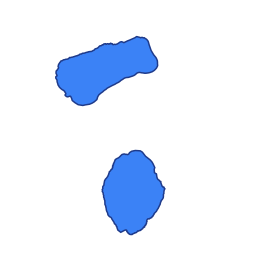 Paama, Malampa, Vanuatu (Mercator projection), rotated 57°
{"feature_id": "77236927B20475273490027", "entity_name": "Paama", "entity_type": "district", "adm_level": 2, "iso_a3": "VUT", "parent_name": "Vanuatu", "parent_adm1": "Malampa", "projection": "mercator", "projection_center": [168.29, -16.483], "detail": "fine", "context": "isolated", "style": "filled", "palette": "blue", "viewbox_px": 256, "rotation_deg": 57, "n_neighbors": 0, "source": "geoboundaries", "source_scale": "gbopen_adm2", "svg_char_len": 5751}
<svg xmlns="http://www.w3.org/2000/svg" viewBox="0 0 256 256"><g transform="rotate(57 128 128)"><path d="M38.4,135.8L37.8,137.1L37.6,138.0L37.1,138.5L37.1,139.0L37.4,139.7L37.4,140.4L37.2,141.4L36.4,142.9L36.3,143.6L35.7,145.0L35.7,146.7L35.5,147.2L35.3,147.5L35.4,148.0L35.5,148.4L35.8,148.7L36.0,149.7L36.6,150.7L36.7,151.4L38.2,153.0L38.5,153.2L39.4,153.3L40.2,154.1L40.4,155.2L41.0,156.2L41.0,156.9L41.2,157.3L42.8,158.5L45.3,158.9L45.6,159.1L45.6,160.2L45.8,160.7L46.4,161.1L47.0,161.4L48.8,161.4L49.5,161.6L50.7,162.3L52.6,162.8L53.1,163.0L54.3,163.3L55.1,163.1L55.5,163.3L56.1,163.3L58.3,162.9L60.0,162.3L61.0,161.8L61.3,161.5L62.2,161.4L62.7,161.2L63.0,161.2L63.9,161.4L64.5,161.3L65.1,161.3L65.6,161.7L66.0,162.8L66.3,162.9L66.7,162.9L67.7,162.6L68.5,162.2L69.1,161.5L69.6,159.6L69.8,159.2L70.2,158.9L72.2,159.1L74.6,159.8L77.9,158.7L81.3,157.1L84.5,153.6L85.4,151.1L87.1,147.3L87.6,144.7L87.7,142.2L87.2,138.6L85.3,136.4L84.2,134.0L84.2,133.2L84.0,131.9L83.9,129.6L83.5,127.3L83.6,125.6L83.3,124.0L83.3,123.3L83.8,117.8L84.2,115.1L84.2,113.5L84.5,111.1L84.5,109.7L84.2,107.8L84.3,106.4L84.3,105.4L84.2,104.6L84.3,103.5L84.7,102.1L85.8,100.0L86.1,98.9L86.9,96.0L87.2,94.3L87.2,92.5L86.9,91.2L86.9,90.0L87.4,88.5L87.8,87.9L89.3,86.3L90.0,85.4L90.3,85.1L91.2,84.1L91.7,83.3L92.7,81.3L93.4,79.5L94.0,77.0L94.0,74.7L93.8,73.5L93.3,71.6L92.3,69.8L91.6,69.0L90.2,68.3L89.3,67.7L87.7,66.8L86.0,66.4L84.1,66.2L80.7,66.6L75.6,66.4L69.5,64.9L67.1,64.1L66.1,63.9L65.4,63.9L63.8,64.1L63.2,64.3L62.3,64.9L61.5,65.0L61.1,65.3L60.9,65.9L59.8,66.7L59.5,67.2L59.1,68.4L58.6,68.6L56.2,70.8L56.0,71.2L56.1,73.1L56.0,73.5L55.3,77.8L55.1,79.1L54.7,80.8L54.2,84.8L54.0,85.1L53.6,85.3L52.2,86.3L51.7,87.5L51.6,88.2L51.7,89.9L51.7,91.1L51.2,92.8L51.1,93.1L50.4,93.8L50.1,94.9L49.7,95.3L48.8,95.3L48.4,95.7L48.3,96.1L48.2,96.3L47.8,96.2L47.5,96.3L47.5,97.1L47.3,97.4L47.4,98.2L47.3,98.4L47.1,98.6L46.6,98.7L46.3,99.0L46.0,99.7L46.0,100.5L45.9,100.8L45.3,100.8L45.1,100.9L44.4,102.4L44.4,102.8L44.6,103.0L44.7,103.3L44.2,104.3L44.4,104.8L44.4,105.4L44.3,105.8L43.8,106.8L43.9,107.8L44.3,109.2L44.3,110.6L43.8,112.3L43.8,112.8L44.2,113.9L44.2,114.3L44.0,115.1L44.0,116.4L43.7,117.5L43.3,117.9L43.2,118.1L43.1,118.6L42.8,119.0L42.6,119.5L42.6,120.1L42.3,120.5L42.3,121.0L41.8,121.9L41.7,122.9L41.5,123.4L41.4,124.0L41.2,124.4L40.9,124.7L40.7,125.3L40.5,125.6L40.5,125.8L40.6,126.3L40.5,126.9L40.1,127.6L39.9,128.2L39.9,128.8L40.1,129.5L39.7,130.8L39.7,131.4L39.4,131.9L39.0,133.3L38.8,134.3L38.5,135.1L38.4,135.8ZM181.3,129.6L179.8,130.1L176.9,128.5L175.8,127.1L171.6,126.5L169.5,126.4L166.8,126.8L161.2,128.7L156.1,129.1L153.9,130.1L152.8,131.5L150.8,134.2L149.5,137.6L149.5,140.1L150.2,141.5L150.2,142.7L149.4,143.4L148.9,144.3L148.6,144.6L148.3,144.7L148.0,145.0L147.5,145.8L147.2,146.8L147.0,147.2L147.0,147.6L147.3,149.3L147.5,150.0L147.8,151.6L147.8,152.5L147.6,153.7L147.6,154.6L147.5,154.9L147.6,155.6L147.7,156.2L148.2,156.7L148.5,157.3L149.2,158.1L149.5,158.6L149.8,159.4L150.2,159.6L150.4,160.0L150.7,160.1L151.0,160.4L151.0,160.9L151.3,161.0L151.5,161.6L151.9,161.6L152.2,161.9L152.4,162.4L153.0,162.5L153.4,163.3L153.6,163.5L153.6,164.2L153.8,164.3L153.7,164.9L154.1,165.5L154.4,166.3L154.5,167.3L154.6,167.6L155.2,168.1L155.9,169.1L156.5,169.7L156.9,170.5L157.5,171.2L158.4,173.6L158.6,174.7L159.0,175.3L159.2,176.0L159.7,176.6L160.9,177.7L161.5,178.3L162.8,179.4L163.0,179.8L163.2,180.6L163.5,181.1L164.0,181.5L164.6,181.8L165.1,182.1L165.5,183.0L165.8,183.3L166.5,183.4L167.3,184.2L168.3,184.1L168.8,184.2L170.4,185.0L171.5,185.2L172.5,186.0L173.3,186.2L174.1,186.3L175.1,186.8L176.1,186.9L178.5,188.3L179.4,188.9L181.2,189.2L182.4,189.7L183.3,190.0L184.7,190.7L185.8,191.1L188.1,191.4L188.6,191.6L189.2,191.8L189.8,192.1L190.4,192.1L191.0,192.0L191.9,191.9L192.5,191.7L193.4,191.1L193.8,191.0L194.7,190.9L195.3,191.1L195.7,191.1L196.9,191.1L199.5,191.1L200.0,191.2L200.4,191.4L201.1,191.5L201.9,191.0L202.8,191.0L203.5,191.1L203.8,191.2L204.5,191.3L204.8,191.1L205.9,191.6L208.1,192.1L211.5,190.9L211.8,188.4L211.8,187.3L212.0,186.7L212.1,185.8L212.2,185.6L212.5,185.4L212.8,184.9L213.3,184.8L213.8,185.1L214.2,185.4L214.4,185.4L214.7,185.1L215.6,185.0L215.8,185.2L216.1,185.1L216.4,185.1L217.0,184.7L217.3,184.7L217.5,184.8L217.8,184.5L218.0,184.5L218.2,184.4L219.0,183.5L219.2,182.9L219.5,182.7L219.5,182.4L219.3,182.3L219.3,182.1L219.5,181.7L219.5,180.9L219.7,180.2L219.6,179.6L219.8,179.5L219.9,179.3L219.8,178.8L220.1,178.3L220.2,177.7L219.8,176.4L219.7,175.7L219.9,175.5L220.2,175.3L220.2,174.6L220.3,174.2L220.5,173.5L220.7,173.3L220.7,173.0L220.4,172.5L220.5,171.8L220.4,171.5L220.4,170.5L219.7,169.1L219.7,168.8L220.0,168.6L220.0,167.9L219.9,167.8L219.6,167.9L219.1,167.0L219.1,166.4L219.0,166.0L218.8,166.0L218.8,165.6L218.5,165.4L218.3,164.8L218.0,164.7L217.8,164.2L217.5,164.1L217.4,163.9L216.8,163.5L216.6,162.9L216.1,162.9L215.7,162.6L215.2,161.6L215.1,161.3L215.1,160.6L215.4,160.1L215.7,160.0L215.8,159.9L215.7,159.0L215.8,158.8L215.7,158.4L215.8,158.0L215.9,157.9L215.9,157.2L216.0,156.8L215.7,156.5L215.4,155.5L215.5,155.1L215.2,154.8L215.1,154.4L214.9,154.1L214.7,153.6L214.6,153.2L214.1,152.9L214.0,152.6L213.3,149.5L212.4,147.9L211.8,146.4L211.4,145.8L210.8,144.8L210.3,144.0L209.5,142.6L208.1,141.2L207.7,140.4L207.1,139.8L206.9,139.6L206.7,138.4L205.8,136.6L205.0,135.8L202.9,134.4L202.4,133.5L201.2,132.8L200.4,132.0L199.8,131.5L199.1,130.2L198.8,130.3L198.5,130.4L198.3,130.4L198.1,130.3L197.8,130.3L197.5,130.1L197.2,130.1L197.0,130.3L197.0,130.6L196.8,130.8L196.0,130.7L195.2,131.1L192.9,130.5L192.2,130.4L191.6,130.1L191.0,130.1L190.7,129.7L190.0,130.2L188.8,130.3L188.6,130.4L187.5,130.9L186.9,130.9L186.0,130.8L184.9,130.5L182.1,129.2L181.8,129.2L181.3,129.6Z" fill="#3b82f6" stroke="#1e3a8a" stroke-width="1.5"/></g></svg>